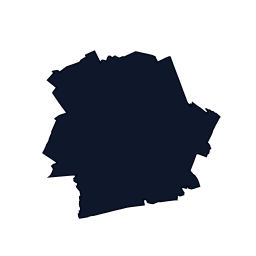 Pestera, Constanta, Romania, rotated 161°
{"feature_id": "2599482B96681929842674", "entity_name": "Pestera", "entity_type": "district", "adm_level": 2, "iso_a3": "ROU", "parent_name": "Romania", "parent_adm1": "Constanta", "projection": "equal_earth", "projection_center": [28.117, 44.192], "detail": "fine", "context": "isolated", "style": "filled", "palette": "ink", "viewbox_px": 256, "rotation_deg": 161, "n_neighbors": 0, "source": "geoboundaries", "source_scale": "gbopen_adm2", "svg_char_len": 5377}
<svg xmlns="http://www.w3.org/2000/svg" viewBox="0 0 256 256"><g transform="rotate(161 128 128)"><path d="M65.1,180.3L65.1,181.1L65.1,181.3L65.3,181.5L65.6,181.7L66.6,181.7L67.2,181.7L68.7,181.6L71.6,181.3L73.9,181.0L78.8,180.5L78.9,182.0L78.9,182.6L79.0,182.9L79.2,183.4L79.2,184.0L79.3,185.3L79.4,186.7L79.6,186.9L79.9,187.0L81.0,186.8L81.1,187.4L81.0,188.2L82.3,189.0L83.6,189.8L85.4,191.0L90.8,194.2L91.6,194.7L93.3,195.8L96.0,197.4L105.6,196.5L108.7,196.2L109.2,196.5L109.8,197.0L113.2,196.7L114.0,197.0L115.6,198.5L116.6,199.9L116.9,200.1L117.4,200.1L117.9,200.0L119.4,199.5L119.8,199.4L120.1,199.6L120.5,199.9L121.1,200.8L121.4,201.2L121.9,201.7L122.1,201.8L122.4,202.0L122.6,202.0L122.9,201.9L123.1,201.8L124.0,201.2L124.4,200.9L124.5,200.8L124.9,200.2L125.6,199.1L125.9,198.7L126.1,198.6L126.3,198.5L126.6,198.5L127.0,198.4L127.3,198.5L127.6,198.6L128.0,199.0L128.6,199.5L130.1,200.3L130.5,200.4L130.9,200.3L131.1,200.2L133.1,198.5L134.7,211.5L137.5,211.3L144.3,210.6L144.4,207.2L144.4,207.3L144.7,207.6L145.6,208.1L145.9,208.2L146.1,208.2L146.5,208.2L150.0,207.4L150.4,207.2L150.7,207.0L152.0,206.0L152.4,205.7L152.7,205.7L161.5,205.6L166.0,205.6L166.3,205.5L174.2,203.0L174.4,203.0L174.6,203.1L174.7,203.3L175.0,203.7L175.6,204.8L176.0,205.1L176.5,205.3L177.6,205.5L178.4,205.7L179.0,205.8L180.3,205.9L180.8,205.9L180.1,204.1L188.5,199.4L186.4,196.1L182.2,189.4L183.8,188.4L187.3,186.0L187.6,185.8L187.6,185.6L186.6,182.0L185.7,178.6L185.4,177.6L185.2,176.9L184.7,175.1L184.5,174.1L184.1,173.1L183.8,172.2L183.8,171.9L183.5,171.3L183.5,171.0L183.1,169.5L182.7,168.3L182.5,167.9L181.8,165.7L181.3,164.0L180.8,162.8L180.8,162.6L180.8,162.2L181.0,162.1L181.4,161.9L182.0,161.9L182.7,161.9L186.2,162.0L189.3,161.9L193.9,160.5L192.3,158.0L194.0,157.1L201.3,149.1L201.0,148.6L203.2,146.2L205.1,144.1L207.2,141.1L210.1,138.7L210.6,137.9L214.2,134.1L216.4,132.2L215.9,131.4L213.4,128.1L211.2,125.3L207.2,120.0L206.2,118.6L206.1,118.2L206.6,118.1L206.9,118.0L207.8,117.7L208.7,117.6L209.6,117.6L210.1,117.7L210.4,117.7L210.6,117.6L211.2,117.3L212.5,116.8L212.5,116.7L212.2,116.0L212.1,115.9L212.0,115.2L211.7,113.1L212.4,112.5L212.7,112.2L213.5,111.2L214.1,110.4L214.4,110.2L214.9,109.7L215.8,108.9L216.4,108.5L216.5,108.4L217.6,107.8L218.4,107.5L198.3,102.5L195.9,101.8L195.6,101.8L194.9,101.6L192.1,100.1L191.9,100.0L195.2,97.8L195.6,97.7L195.4,97.0L195.7,96.5L196.0,96.1L196.1,95.8L196.1,95.6L196.0,95.3L195.3,94.5L195.0,93.9L194.6,93.5L194.2,93.2L193.3,93.1L194.8,88.3L195.0,88.5L195.1,89.1L195.3,89.6L195.5,89.7L195.5,88.5L195.4,88.3L195.1,87.6L195.1,87.3L194.7,86.2L194.3,85.2L193.8,84.3L193.8,83.6L194.3,80.0L194.7,78.7L194.8,78.6L195.9,78.9L196.7,76.8L196.2,76.6L196.0,76.1L196.4,75.6L196.7,75.1L197.1,74.6L197.5,74.3L198.6,71.5L198.9,69.9L198.9,69.2L198.7,69.1L198.7,68.1L198.8,67.6L199.1,66.9L199.3,66.4L199.9,65.2L200.1,65.0L200.3,64.7L200.5,64.3L200.6,64.6L200.7,64.9L201.0,65.1L201.1,64.8L201.1,64.4L201.2,63.9L201.2,63.5L201.5,63.3L201.6,63.2L201.8,63.0L201.8,62.8L202.3,62.6L202.8,62.7L202.9,62.2L203.3,60.3L203.3,60.1L203.2,59.9L202.9,59.1L202.9,58.9L203.0,58.7L199.6,58.1L196.4,57.6L195.9,57.5L195.2,57.4L194.6,57.4L193.9,57.5L193.2,57.5L192.1,57.4L191.4,57.4L191.0,57.3L190.5,57.2L189.5,57.1L189.3,56.8L186.0,56.5L181.1,56.1L176.1,55.6L173.6,55.4L170.0,55.1L166.0,54.8L161.0,54.2L156.0,53.8L153.8,53.5L151.0,53.0L141.0,50.9L137.8,50.2L137.6,50.8L137.9,50.9L136.9,55.4L135.3,54.9L134.1,54.6L133.6,53.3L133.7,51.8L133.2,51.0L130.6,49.3L128.9,48.5L127.7,48.5L127.1,48.7L126.5,48.6L123.7,48.7L122.5,48.8L121.6,48.7L121.7,48.0L116.6,47.0L114.0,46.5L112.6,46.2L111.1,45.8L110.9,45.9L105.2,44.5L105.1,44.4L103.3,48.5L102.2,48.2L101.8,48.1L101.6,47.6L101.4,47.4L101.1,47.2L100.5,47.0L100.2,46.9L99.2,46.9L98.2,47.0L97.8,47.0L97.4,46.9L97.2,46.9L97.1,47.1L96.9,47.6L96.7,47.9L96.6,48.4L96.3,48.7L96.7,49.9L96.8,50.3L96.9,51.0L97.1,51.4L97.2,51.7L97.2,52.0L97.2,53.2L97.3,53.7L97.3,53.9L96.7,53.9L96.5,54.0L95.4,54.5L95.2,54.5L95.1,54.0L94.5,53.6L94.4,53.5L93.0,52.5L92.4,52.2L92.2,52.2L91.9,52.4L91.6,52.8L91.1,53.6L90.7,53.4L89.8,52.7L90.2,51.6L88.4,50.3L87.8,49.9L87.6,49.8L87.2,49.9L86.9,50.0L86.5,49.9L85.3,49.7L84.5,49.8L83.9,49.8L83.6,49.8L82.8,49.8L79.4,49.6L79.2,53.4L79.4,56.9L79.5,57.7L80.6,61.3L81.7,62.7L83.6,67.4L77.0,75.2L72.1,81.4L71.8,81.4L71.0,81.3L70.3,81.1L69.8,80.9L69.6,80.7L68.8,80.1L63.3,75.6L60.9,78.4L60.2,77.9L59.1,79.5L59.6,79.8L59.4,80.0L59.1,80.1L58.9,80.2L58.6,80.9L57.4,81.6L56.8,81.8L56.6,81.9L56.9,83.3L56.6,84.7L57.0,86.1L57.1,86.7L58.2,88.2L56.2,90.3L55.7,90.7L54.6,91.9L54.0,92.4L52.8,93.6L51.4,95.0L49.8,96.9L49.0,98.1L48.2,99.0L47.3,99.8L45.9,101.2L45.4,101.8L44.5,102.6L43.8,103.2L39.5,107.2L38.4,108.1L37.6,108.7L38.2,109.7L38.9,110.9L39.1,111.3L40.3,113.2L40.5,113.2L40.9,113.3L41.2,113.6L41.6,114.4L42.4,115.7L42.8,115.9L43.7,116.2L43.8,116.4L44.3,117.2L44.5,117.4L44.9,118.1L45.2,118.4L45.6,118.2L46.0,118.6L47.9,120.6L48.0,120.6L47.0,117.5L49.0,116.2L53.8,123.9L53.9,124.1L54.4,124.4L56.7,127.6L57.8,129.3L58.8,130.9L60.7,128.0L61.2,128.0L61.3,128.0L61.2,129.3L61.2,129.8L61.2,130.1L62.1,130.0L62.0,129.0L62.0,128.8L62.1,128.7L62.2,128.9L63.1,131.0L63.8,131.5L63.8,133.4L64.0,135.0L64.0,136.7L64.0,138.0L64.0,138.9L64.1,140.5L64.2,143.8L64.3,145.9L64.3,147.1L64.3,148.6L64.9,169.6L65.0,173.5L65.0,174.4L65.0,176.9L65.1,177.2L65.1,177.4L65.1,177.8L65.1,180.3Z" fill="#0f172a" stroke="#020617" stroke-width="1.5"/></g></svg>